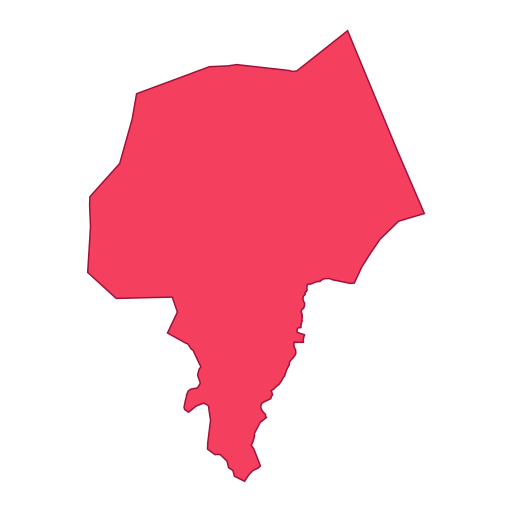 Ori Ire, Oyo, Nigeria
{"feature_id": "59680162B81796058650879", "entity_name": "Ori Ire", "entity_type": "district", "adm_level": 2, "iso_a3": "NGA", "parent_name": "Nigeria", "parent_adm1": "Oyo", "projection": "natural_earth1", "projection_center": [4.162, 8.245], "detail": "fine", "context": "isolated", "style": "filled", "palette": "rose", "viewbox_px": 512, "rotation_deg": 0, "n_neighbors": 0, "source": "geoboundaries", "source_scale": "gbopen_adm2", "svg_char_len": 4257}
<svg xmlns="http://www.w3.org/2000/svg" viewBox="0 0 512 512"><path d="M87.7,272.4L116.2,298.4L172.3,297.1L177.3,311.9L177.4,312.0L167.5,333.0L186.0,343.3L187.6,343.7L191.5,349.4L192.8,349.8L200.9,366.9L199.2,369.0L197.9,373.7L197.7,375.6L200.3,382.8L200.2,383.3L198.0,387.1L197.3,387.9L190.6,389.2L188.2,391.0L186.7,394.6L186.5,395.0L186.5,396.3L185.2,401.3L184.0,407.4L184.7,409.6L188.2,412.0L188.6,412.2L196.1,406.1L203.7,403.1L208.1,405.4L208.9,407.8L208.8,408.7L210.5,420.2L207.7,443.4L207.5,449.1L215.1,454.7L216.1,454.4L218.6,454.5L218.8,454.6L220.1,454.5L227.0,461.1L228.6,467.7L232.9,470.5L234.4,476.2L244.6,481.3L249.1,474.4L253.2,470.4L258.2,468.1L260.4,465.9L253.8,448.9L251.3,445.3L252.9,441.9L254.6,436.0L254.4,433.5L260.1,422.5L266.4,417.5L265.5,416.1L265.6,414.6L264.7,413.5L263.3,412.2L262.2,410.7L261.2,408.7L260.9,407.5L260.8,405.6L261.4,404.3L261.8,403.6L262.0,403.2L262.3,402.9L262.6,402.7L263.4,402.3L264.1,401.9L264.8,401.6L265.3,401.3L265.8,401.1L266.4,400.8L266.7,400.6L267.3,400.4L267.7,400.2L267.9,400.1L268.1,399.9L268.4,399.8L268.5,399.7L269.0,399.5L269.2,399.4L269.4,399.3L269.6,399.2L269.9,399.1L270.0,399.0L270.1,398.9L270.3,398.8L270.6,398.7L270.8,398.5L270.9,398.2L271.0,397.9L271.1,397.4L271.3,397.0L271.3,396.8L271.4,396.5L271.5,396.2L271.7,395.9L271.9,395.7L272.1,395.4L272.4,395.2L272.6,395.0L272.7,394.9L272.7,394.7L272.5,394.4L272.4,394.2L272.3,393.9L272.1,393.5L272.0,392.7L271.6,391.8L271.5,391.4L271.1,390.8L274.4,388.5L274.7,388.2L275.7,387.0L279.2,384.2L280.5,382.2L281.1,381.6L283.3,377.5L284.5,376.2L286.6,369.9L288.4,366.4L289.4,364.6L289.3,364.1L289.4,363.3L289.4,362.7L290.3,360.9L291.9,359.0L292.5,358.3L293.4,357.5L294.3,356.2L295.2,354.9L295.8,353.7L295.8,353.2L295.8,352.3L295.7,351.3L295.5,349.6L295.0,348.7L294.7,348.0L294.2,346.6L293.9,345.0L294.0,344.4L293.9,344.0L294.0,343.5L294.4,342.0L294.6,342.1L295.0,342.2L295.4,342.3L295.7,342.4L295.8,342.4L296.0,342.4L296.5,342.3L296.9,342.3L297.1,342.3L297.3,342.4L297.6,342.4L297.8,342.4L298.0,342.4L298.4,342.3L298.5,342.3L298.9,342.3L299.1,342.3L299.6,342.3L300.0,342.3L300.3,342.3L300.5,342.3L300.8,342.3L301.1,342.3L301.4,342.4L301.5,342.3L301.8,342.3L302.1,342.3L302.5,342.3L302.8,342.4L303.4,342.3L303.3,341.8L303.4,341.4L303.4,341.0L303.3,340.7L303.2,340.3L303.2,340.2L303.2,339.9L303.2,339.6L303.2,339.3L303.3,338.9L303.4,338.6L303.5,338.5L303.6,338.2L303.8,337.7L303.9,337.3L303.9,337.0L303.9,336.3L304.0,336.0L304.2,335.7L304.5,335.3L304.6,334.9L304.4,334.7L304.2,334.6L303.9,334.6L303.6,334.5L303.3,334.4L303.0,334.3L302.7,334.2L302.2,334.0L301.8,333.9L301.6,333.9L301.4,333.7L301.2,333.7L300.9,333.6L300.5,333.5L300.3,333.5L300.1,333.4L299.8,333.3L299.5,333.1L299.2,333.0L298.8,332.8L298.4,332.8L298.2,332.7L297.9,332.5L297.6,332.3L297.0,332.0L297.1,331.0L297.2,330.6L297.1,330.1L297.3,329.0L297.5,328.7L297.8,328.3L298.7,327.5L299.1,327.4L299.9,327.8L300.6,327.7L301.1,326.9L300.9,325.5L300.7,325.3L301.0,324.5L301.5,324.0L301.3,323.4L301.6,322.5L301.7,322.1L302.1,321.4L302.0,320.8L302.2,320.5L302.0,319.9L301.9,319.4L302.1,318.8L302.1,318.4L302.0,317.9L302.4,317.1L302.2,316.6L302.2,316.2L302.3,315.9L301.8,315.5L301.9,315.0L302.1,314.7L302.2,314.4L302.1,314.0L301.8,313.2L301.5,312.9L301.2,311.9L301.2,311.7L301.5,310.1L303.7,308.1L304.5,305.7L304.7,303.3L303.8,301.7L303.0,300.0L303.1,297.7L303.4,296.1L304.2,295.4L305.1,294.7L305.2,294.1L305.0,293.2L305.0,292.5L305.6,292.1L305.8,291.7L306.2,291.7L306.4,291.3L306.5,290.7L307.0,290.4L307.2,290.0L307.0,289.4L307.0,289.0L306.9,288.5L306.8,287.4L307.0,286.8L307.1,286.2L307.0,285.4L307.2,285.1L307.1,284.7L307.7,284.4L308.7,284.2L309.7,284.0L310.6,284.2L311.2,283.8L312.1,283.5L313.0,283.2L313.9,282.8L314.7,282.4L315.5,282.0L316.4,281.8L317.1,281.6L317.6,281.8L318.0,281.5L318.4,281.4L318.7,281.5L319.5,281.6L320.1,281.5L320.4,280.7L320.9,280.5L323.8,278.8L329.3,278.5L333.7,280.1L335.8,280.4L350.2,283.4L354.3,283.1L361.8,266.9L371.3,252.0L380.1,239.2L390.8,228.8L398.6,221.2L403.9,219.6L424.3,213.5L421.5,206.8L404.2,166.7L400.7,158.5L397.1,150.2L373.6,93.5L359.3,59.0L347.6,30.7L296.7,71.0L292.3,71.4L289.0,70.5L236.8,64.6L227.6,65.9L209.4,66.7L136.6,93.7L132.2,119.0L119.7,163.5L89.9,196.7L89.6,205.6L90.5,226.6L87.7,272.4Z" fill="#f43f5e" stroke="#9f1239" stroke-width="1.5"/></svg>